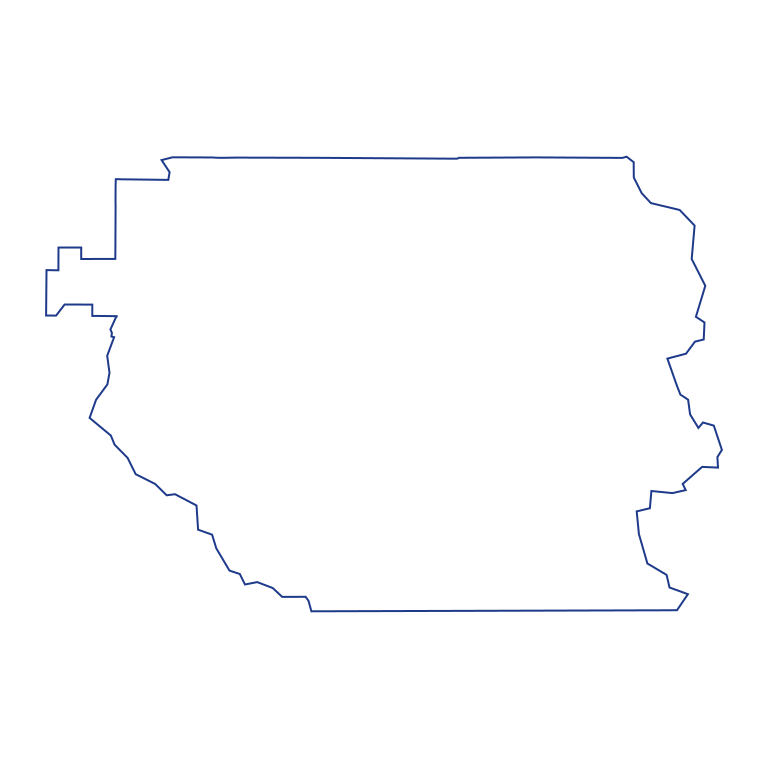 outline of Clackamas, Oregon, United States of America
{"feature_id": "52423323B19187605552860", "entity_name": "Clackamas", "entity_type": "district", "adm_level": 2, "iso_a3": "USA", "parent_name": "United States of America", "parent_adm1": "Oregon", "projection": "orthographic", "projection_center": [-122.297, 45.174], "detail": "fine", "context": "isolated", "style": "outline", "palette": "blue", "viewbox_px": 768, "rotation_deg": 0, "n_neighbors": 0, "source": "geoboundaries", "source_scale": "gbopen_adm2", "svg_char_len": 1387}
<svg xmlns="http://www.w3.org/2000/svg" viewBox="0 0 768 768"><path d="M677.0,610.2L687.9,594.2L669.5,587.5L666.6,574.9L647.4,563.5L638.9,534.0L636.7,511.4L649.9,508.2L651.4,491.0L672.4,493.1L685.7,490.1L682.7,483.9L702.1,466.9L718.0,467.6L717.4,457.1L721.9,449.9L713.8,425.6L703.0,422.5L698.4,427.9L690.1,414.4L688.1,399.7L680.4,394.6L676.9,385.7L667.4,358.6L686.0,353.7L695.0,341.6L703.7,339.5L704.5,322.5L695.9,316.8L705.3,285.8L691.7,259.0L694.6,225.6L679.7,210.0L650.9,203.1L641.7,193.2L633.8,177.5L633.7,162.2L626.6,156.7L622.5,157.9L536.2,157.4L459.2,157.8L457.0,158.7L315.2,157.8L235.4,157.6L224.3,157.8L218.3,157.8L212.7,157.5L197.2,157.4L194.5,157.4L172.4,157.3L161.6,160.1L169.6,172.2L168.3,179.9L137.2,179.5L121.5,179.3L118.7,179.2L115.8,179.2L115.6,184.9L115.5,203.3L115.6,204.8L115.4,246.0L115.3,258.9L81.2,259.0L81.2,247.5L58.5,247.5L58.4,270.3L46.5,270.1L46.1,315.5L56.1,315.6L64.6,304.5L92.3,304.6L92.3,315.9L103.6,316.0L117.6,316.2L116.3,316.5L110.4,329.5L111.9,332.9L111.4,336.5L114.1,337.2L107.2,355.7L109.5,372.8L107.4,384.4L96.1,399.7L89.6,417.9L110.9,435.6L114.6,444.7L127.6,457.9L135.7,474.2L155.2,484.0L166.7,495.3L175.0,494.2L196.5,505.5L198.1,529.7L212.1,534.7L216.3,548.4L229.5,570.6L239.8,574.0L245.0,584.5L257.2,582.1L272.7,588.0L282.2,596.9L305.6,596.8L308.5,600.8L311.4,611.3L659.6,610.3L677.0,610.2Z" fill="none" stroke="#1e3a8a" stroke-width="2"/></svg>